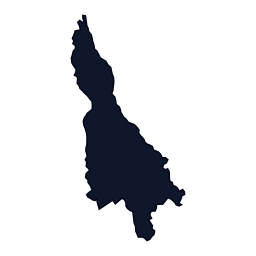 Cambira, Paraná, Brazil
{"feature_id": "56859067B19055984398551", "entity_name": "Cambira", "entity_type": "district", "adm_level": 2, "iso_a3": "BRA", "parent_name": "Brazil", "parent_adm1": "Paraná", "projection": "natural_earth1", "projection_center": [-51.567, -23.611], "detail": "fine", "context": "isolated", "style": "filled", "palette": "ink", "viewbox_px": 256, "rotation_deg": 0, "n_neighbors": 0, "source": "geoboundaries", "source_scale": "gbopen_adm2", "svg_char_len": 2209}
<svg xmlns="http://www.w3.org/2000/svg" viewBox="0 0 256 256"><path d="M85.4,15.8L82.8,15.4L82.9,18.6L84.3,21.4L82.2,22.3L79.8,20.4L77.8,22.2L79.7,26.5L80.4,30.0L75.2,30.9L74.3,34.1L72.4,38.4L73.9,41.0L72.9,43.6L75.6,45.6L75.3,49.1L73.4,50.9L72.7,53.8L71.4,58.2L71.9,62.8L74.1,66.5L76.1,69.1L75.9,72.3L74.4,75.2L77.2,76.5L77.6,79.7L77.2,83.3L79.0,85.4L80.0,88.4L82.4,90.6L84.4,92.9L87.2,95.4L88.8,97.4L90.2,99.3L92.0,101.3L92.4,105.2L92.2,109.2L90.2,111.0L87.4,113.2L85.7,116.1L84.3,118.1L83.3,121.3L84.0,125.6L85.4,128.8L86.5,133.0L87.0,136.5L87.0,140.0L86.9,144.7L86.0,147.9L85.9,151.1L86.7,153.7L87.3,156.2L85.4,159.6L86.7,162.2L86.3,166.5L88.4,168.3L89.7,170.3L87.8,172.0L86.1,173.9L85.6,177.5L88.0,179.9L88.1,182.5L90.4,185.7L92.3,190.2L89.3,192.2L86.6,194.6L88.1,197.2L90.5,198.3L92.6,199.8L95.0,200.5L97.4,199.0L97.1,201.8L98.1,205.1L99.2,209.2L112.7,200.1L115.3,203.8L121.8,198.3L124.4,199.5L126.0,202.9L126.0,206.0L127.4,208.3L130.2,210.6L132.8,211.4L133.2,214.7L133.7,218.4L134.1,222.6L135.6,226.3L135.8,231.2L137.2,234.3L138.4,237.2L141.3,236.9L144.3,237.7L147.0,240.6L149.6,239.4L152.4,235.8L154.0,234.3L154.6,230.8L152.0,229.0L152.4,225.6L150.5,222.8L148.6,219.5L151.5,218.4L149.9,215.3L150.2,212.5L152.0,211.1L155.1,211.0L156.4,207.8L156.3,204.4L162.8,204.1L167.8,197.8L170.0,198.3L174.7,202.2L176.3,204.9L179.1,205.9L181.4,204.8L178.9,203.1L180.0,201.0L181.1,198.6L181.8,195.7L184.6,194.5L184.3,191.7L182.6,189.5L179.3,191.3L177.4,188.1L175.7,186.5L173.1,185.6L172.2,182.5L169.7,181.1L169.3,177.2L169.3,174.3L169.1,171.6L167.6,168.8L165.2,169.8L162.6,168.0L163.5,164.4L166.3,162.9L167.8,159.6L165.2,157.7L162.2,157.8L160.5,154.2L158.3,152.0L153.6,150.1L152.3,146.5L149.4,144.9L146.8,144.0L144.9,142.1L144.0,139.6L142.2,137.4L140.6,135.8L138.8,133.4L138.8,129.7L136.0,126.3L134.0,124.5L131.2,123.5L128.4,122.4L126.0,119.2L123.5,117.0L120.7,112.2L120.3,109.7L119.4,107.1L116.1,104.4L115.6,100.2L114.8,97.2L111.6,93.6L112.8,90.6L113.3,86.0L113.8,81.8L113.5,77.4L111.9,73.2L110.7,67.5L107.8,64.8L105.9,61.4L100.1,57.7L98.4,54.0L96.5,50.7L94.6,49.4L93.8,44.7L92.6,41.1L92.0,37.8L91.2,34.8L88.6,31.5L88.0,28.2L86.8,25.8L86.4,22.7L85.4,15.8Z" fill="#0f172a" stroke="#020617" stroke-width="1.5"/></svg>